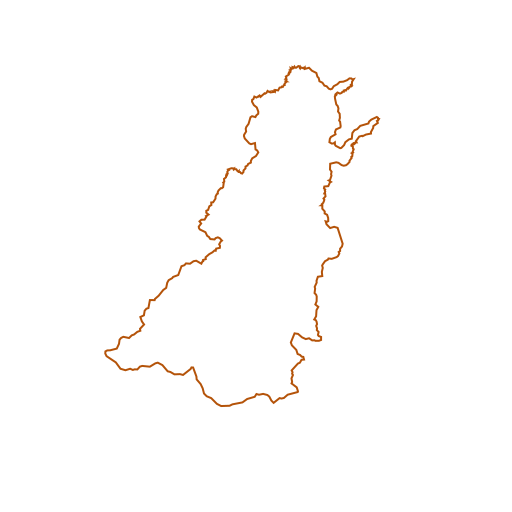 outline of El Carmen De Viboral, Antioquia, Colombia, rotated 56°
{"feature_id": "7082276B81226439433985", "entity_name": "El Carmen De Viboral", "entity_type": "district", "adm_level": 2, "iso_a3": "COL", "parent_name": "Colombia", "parent_adm1": "Antioquia", "projection": "albers", "projection_center": [-75.289, 5.979], "detail": "fine", "context": "isolated", "style": "outline", "palette": "amber", "viewbox_px": 512, "rotation_deg": 56, "n_neighbors": 0, "source": "geoboundaries", "source_scale": "gbopen_adm2", "svg_char_len": 6093}
<svg xmlns="http://www.w3.org/2000/svg" viewBox="0 0 512 512"><g transform="rotate(56 256 256)"><path d="M208.3,78.1L207.4,84.2L207.8,87.1L209.0,88.7L206.4,96.8L207.4,101.1L206.8,104.0L207.9,107.3L212.3,111.0L211.3,113.7L211.6,118.3L213.3,120.9L214.1,124.8L213.7,125.9L209.2,128.3L207.9,128.3L205.9,127.1L206.0,128.8L205.2,130.3L202.7,131.5L200.2,129.3L199.2,127.4L199.6,122.0L197.5,121.3L195.8,119.0L196.6,114.2L195.7,113.2L191.7,111.2L190.2,111.3L188.4,109.2L184.9,107.1L182.1,107.2L179.7,105.1L177.3,104.4L175.3,104.7L169.8,102.5L167.8,101.4L167.4,99.6L166.8,100.2L166.4,99.8L166.0,97.0L168.3,95.6L168.7,93.8L168.2,92.7L168.9,91.2L167.9,90.7L168.3,89.3L169.1,89.0L167.9,85.8L168.1,84.7L168.7,85.0L168.0,82.7L168.7,82.1L168.6,81.5L167.9,81.9L167.7,81.1L167.1,81.3L167.1,80.4L165.2,78.9L164.0,76.1L163.6,77.3L162.2,77.6L161.0,79.2L161.2,82.1L160.3,86.1L158.5,89.3L159.1,92.5L158.7,96.6L159.9,99.4L159.5,101.0L158.0,102.1L154.8,102.5L153.0,104.0L149.5,104.0L146.6,105.7L143.6,104.5L141.6,104.8L138.0,103.6L133.7,106.0L129.6,106.8L128.3,110.6L127.1,110.1L127.5,111.2L126.6,111.1L126.4,112.1L125.0,113.1L125.3,114.2L123.7,113.7L123.9,114.3L122.9,114.0L122.2,114.7L122.4,117.4L121.8,118.2L120.5,118.2L121.0,119.2L119.9,120.0L120.7,120.3L120.3,121.2L121.0,121.1L120.7,122.2L119.9,122.4L120.9,122.9L120.8,123.9L121.7,123.6L122.7,124.6L122.1,125.7L122.8,126.8L123.5,126.5L124.0,127.6L123.9,130.9L125.4,131.3L125.7,132.4L126.1,131.9L127.1,132.1L127.7,133.5L128.3,133.2L127.9,133.9L128.7,133.9L129.1,135.9L130.3,136.6L129.9,137.5L130.8,139.2L130.0,139.9L130.4,140.6L129.6,142.3L131.1,145.1L129.1,147.2L130.3,148.3L129.3,148.5L129.8,149.0L129.0,149.8L129.8,149.8L128.5,152.5L127.5,152.4L127.4,153.4L125.6,154.1L126.6,156.1L126.5,157.8L125.9,158.0L126.6,163.0L125.9,162.8L125.5,164.2L124.9,163.8L124.9,167.0L122.9,168.2L124.5,170.5L124.3,171.8L125.8,173.0L129.7,173.4L133.3,172.3L137.7,173.4L139.3,174.6L139.6,177.1L140.5,178.8L137.9,181.1L137.9,183.0L142.3,188.3L143.6,191.9L144.8,193.4L147.3,194.6L148.8,198.0L149.8,198.9L152.3,199.6L158.9,198.6L160.5,197.6L161.8,193.7L167.4,196.8L169.1,196.0L171.4,196.2L173.1,200.1L172.9,204.5L174.3,207.1L175.7,208.0L175.3,211.1L176.2,212.4L176.0,214.7L177.5,215.7L178.1,218.5L179.4,219.5L180.1,222.2L179.5,221.5L178.9,222.2L177.6,222.2L176.7,223.3L176.0,222.8L176.1,223.4L175.1,223.9L173.1,223.8L172.1,225.3L171.5,225.0L171.7,226.1L170.7,225.8L169.5,227.3L168.6,230.8L169.3,230.7L169.0,231.3L169.3,231.0L170.3,232.9L171.6,233.2L171.7,234.5L172.3,234.2L173.1,235.4L172.8,236.0L174.0,236.9L174.2,239.4L176.6,240.7L176.8,242.1L177.5,242.0L180.6,244.8L180.7,246.5L180.1,247.2L180.7,250.4L181.7,252.1L182.9,252.7L182.8,254.0L184.1,256.3L185.8,257.5L187.5,261.5L186.6,263.2L188.8,264.5L188.7,266.9L191.0,269.9L190.7,271.9L192.3,273.0L195.1,272.2L194.9,275.0L195.5,274.9L197.1,278.3L195.4,281.0L195.7,283.5L198.4,283.3L199.6,287.0L201.0,287.7L202.6,287.7L208.0,284.6L212.0,285.2L213.8,284.4L216.4,284.4L219.1,281.1L218.6,279.5L219.2,277.2L221.0,276.1L224.2,275.6L224.2,276.9L225.7,280.0L227.5,280.2L229.0,281.4L227.6,284.9L229.1,286.5L228.2,287.2L228.6,290.1L228.3,293.7L228.9,298.5L230.5,299.4L229.7,302.1L230.8,302.7L230.6,303.5L231.8,305.6L226.5,308.2L225.4,310.7L225.5,315.0L223.0,318.2L223.6,320.5L222.8,323.5L228.3,331.1L227.0,336.4L227.5,337.9L227.2,341.9L228.5,344.5L232.2,348.3L232.3,351.9L234.5,358.9L235.1,363.8L235.9,364.7L233.2,368.6L239.0,374.3L238.4,376.3L239.1,378.9L242.5,382.1L241.9,386.0L246.4,387.2L250.2,387.1L251.5,392.9L253.3,393.7L252.5,396.8L252.9,401.0L252.3,403.4L253.0,407.1L248.8,411.2L248.5,413.6L249.1,415.9L252.2,418.7L254.9,423.2L252.6,429.7L251.1,432.1L250.9,434.2L252.6,435.5L255.5,435.9L265.8,431.7L273.7,431.4L277.7,428.1L279.1,423.4L281.6,421.8L282.1,420.0L283.7,417.8L282.8,414.1L283.5,411.8L288.4,405.9L288.7,399.5L289.5,397.1L294.1,394.6L302.2,393.7L304.3,391.8L308.5,389.8L311.4,385.1L313.8,383.0L313.1,373.4L312.3,371.8L313.3,370.5L322.6,372.8L325.1,374.2L331.2,373.5L335.9,374.2L340.9,376.0L344.7,375.3L348.8,372.6L356.7,371.1L360.9,368.8L365.4,361.6L365.8,358.5L369.8,349.1L369.6,343.3L372.0,335.8L370.7,332.8L372.7,331.1L374.3,327.2L377.6,324.3L380.0,323.6L384.4,324.1L387.6,323.5L387.0,315.9L388.4,314.6L389.3,312.3L388.7,307.3L392.1,297.5L391.7,296.9L387.7,295.7L381.5,297.8L380.7,296.5L377.3,295.0L375.3,291.9L373.8,291.9L372.8,290.7L370.8,290.4L368.6,281.4L369.0,279.3L367.5,276.3L368.7,274.1L366.1,273.2L365.0,274.4L362.7,274.8L360.5,276.3L356.4,275.1L350.1,276.2L347.2,275.5L341.7,267.3L344.1,264.7L349.2,263.3L352.7,261.2L353.9,258.0L357.4,256.6L358.6,254.6L359.5,254.2L361.5,251.2L362.0,249.0L359.5,247.3L357.4,248.8L356.1,248.8L354.0,246.6L351.4,247.0L350.0,245.8L347.6,245.2L346.6,243.5L344.3,242.5L342.7,242.3L341.2,243.2L339.6,239.9L334.7,236.1L333.0,232.8L329.4,233.9L327.5,231.1L323.5,228.3L321.7,227.8L319.5,228.2L316.1,225.2L314.4,224.6L312.0,220.6L310.4,219.7L307.8,216.3L309.7,212.3L306.0,210.3L303.2,207.3L300.9,206.5L300.3,205.4L298.9,201.7L299.2,198.4L298.6,197.3L300.7,194.8L302.0,189.8L301.9,188.0L300.5,185.5L298.9,185.2L298.9,183.5L297.0,182.2L296.2,179.4L294.3,177.3L278.3,172.6L275.5,174.9L274.3,178.9L269.1,179.8L266.2,178.9L267.4,177.9L267.5,176.6L264.8,174.9L261.6,174.0L259.1,175.3L257.5,174.1L253.9,174.6L251.1,172.7L250.5,173.5L250.5,172.4L249.8,172.3L249.5,170.5L248.2,168.6L247.4,167.8L246.1,167.9L245.4,165.0L242.7,163.7L242.3,164.3L241.2,162.5L239.8,162.2L239.6,161.5L237.8,161.8L236.6,160.5L238.5,157.0L236.4,153.7L236.5,152.4L234.1,153.4L234.4,152.2L231.6,148.5L230.1,148.0L228.4,146.2L225.7,146.3L221.0,142.9L223.2,137.1L224.9,135.5L228.5,134.2L230.2,132.8L231.1,130.6L231.0,128.8L230.3,125.8L229.3,125.2L228.2,121.9L227.2,121.7L227.1,120.4L225.2,118.8L224.3,119.1L224.4,117.7L223.8,117.8L222.1,115.3L221.2,115.6L219.4,114.5L217.9,115.3L217.1,114.4L217.2,113.2L217.9,113.2L218.2,112.4L218.1,111.6L217.2,111.5L217.9,110.3L217.1,109.5L217.7,109.0L216.6,108.8L214.7,103.6L215.7,100.8L216.3,100.6L216.8,96.9L218.8,92.2L217.5,91.4L215.4,87.3L213.9,86.1L213.8,80.6L211.7,80.2L211.9,79.1L211.1,77.4L210.3,78.1L209.6,77.6L208.3,78.1Z" fill="none" stroke="#b45309" stroke-width="2"/></g></svg>